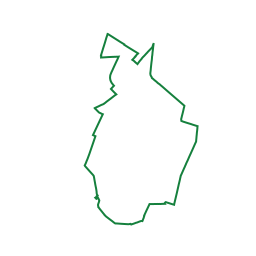 Barcanesti, Prahova, Romania (orthographic projection), rotated 56°
{"feature_id": "2599482B47702266921229", "entity_name": "Barcanesti", "entity_type": "district", "adm_level": 2, "iso_a3": "ROU", "parent_name": "Romania", "parent_adm1": "Prahova", "projection": "orthographic", "projection_center": [26.058, 44.879], "detail": "fine", "context": "isolated", "style": "outline", "palette": "green", "viewbox_px": 256, "rotation_deg": 56, "n_neighbors": 0, "source": "geoboundaries", "source_scale": "gbopen_adm2", "svg_char_len": 5161}
<svg xmlns="http://www.w3.org/2000/svg" viewBox="0 0 256 256"><g transform="rotate(56 128 128)"><path d="M213.2,168.1L212.7,167.3L212.0,166.4L211.6,165.7L210.8,164.7L210.3,164.1L210.0,163.7L209.8,163.8L209.7,163.7L208.5,161.7L207.4,159.9L206.6,158.6L205.5,156.7L203.9,154.0L203.1,152.7L203.6,151.9L204.0,151.3L205.1,149.7L205.8,148.6L206.0,148.3L206.3,147.8L206.7,147.2L206.9,146.9L207.3,146.4L207.6,145.8L208.0,145.3L208.5,144.5L208.6,144.3L208.7,144.2L208.9,144.0L209.1,143.7L209.9,142.3L210.3,141.7L211.2,140.2L211.4,139.9L210.9,139.9L210.8,139.7L210.7,139.3L210.6,138.9L210.6,138.6L210.5,138.3L210.6,138.1L210.8,138.0L210.9,137.9L211.0,137.8L211.2,137.7L211.3,137.6L211.8,137.2L212.1,137.0L212.3,136.8L212.5,136.6L212.7,136.4L212.9,136.3L213.0,136.2L214.3,135.2L215.7,134.1L216.8,133.2L217.4,132.7L216.4,131.7L209.7,124.4L203.1,117.4L201.0,115.1L199.8,113.8L199.0,113.0L197.8,111.7L197.1,111.0L196.4,109.8L193.7,105.5L192.5,103.6L192.0,102.7L191.1,101.4L190.8,100.8L189.9,99.5L188.7,97.5L188.5,97.1L188.0,96.3L186.2,93.5L184.9,91.4L184.3,90.4L180.9,84.9L179.7,83.0L179.0,81.9L177.4,79.3L177.4,79.2L176.4,78.4L174.7,77.0L173.2,75.8L171.9,74.7L170.4,73.5L168.8,72.1L167.1,70.7L165.9,69.8L165.4,69.3L164.3,70.2L161.3,72.6L160.2,73.4L157.0,76.0L153.7,78.6L152.0,79.8L151.2,79.4L150.6,79.1L150.2,78.8L149.7,78.2L148.9,77.3L148.4,76.8L147.0,75.2L145.2,73.2L143.9,71.8L143.3,71.2L142.4,70.2L142.0,69.7L141.6,69.3L141.5,69.2L141.1,68.8L119.0,74.8L113.3,76.3L112.9,76.4L112.6,76.5L112.2,76.6L111.2,76.9L110.5,77.1L109.9,77.2L109.0,77.5L108.8,77.6L108.5,77.7L108.1,77.9L107.6,78.1L107.2,78.1L106.8,78.3L106.1,78.4L105.7,78.5L105.3,78.6L104.8,78.8L104.4,78.9L103.9,79.0L103.6,79.2L102.8,79.4L101.9,79.6L101.0,79.8L100.9,79.9L100.5,80.0L100.2,80.2L99.7,80.2L99.1,79.9L98.1,79.9L96.6,79.7L95.1,78.9L92.8,76.9L91.3,75.7L88.9,73.7L86.9,72.0L86.1,71.3L85.0,70.3L83.4,69.0L82.1,68.0L81.3,67.2L79.7,65.9L79.3,65.6L77.7,64.2L76.7,63.3L75.1,62.0L74.2,61.2L73.3,60.4L73.0,60.2L72.3,59.4L72.1,59.2L72.2,59.4L72.9,60.4L73.1,60.8L73.4,61.1L73.8,61.6L74.1,61.9L74.3,62.1L74.4,62.3L74.5,62.4L74.5,62.6L74.7,63.0L74.8,63.4L76.0,69.1L76.3,70.0L76.4,70.7L77.1,73.5L77.4,74.9L77.6,76.1L77.9,77.1L78.0,77.6L78.3,78.0L78.4,78.6L78.5,78.9L78.8,79.9L79.1,81.1L80.3,84.4L79.8,84.5L79.2,84.7L78.9,84.8L78.2,85.0L77.8,85.1L77.6,85.2L77.4,85.2L77.1,85.2L77.0,85.3L76.5,85.4L76.3,85.4L75.9,85.5L75.6,85.6L75.1,85.8L74.8,85.9L74.6,86.0L74.2,86.2L73.9,86.3L73.0,82.1L72.8,82.2L72.1,79.7L72.1,79.0L71.8,77.9L70.9,78.3L67.4,79.9L61.0,82.8L56.9,84.6L56.6,84.3L52.0,86.4L38.7,92.2L38.6,92.3L39.6,93.5L41.1,95.5L43.6,98.5L45.7,101.1L46.5,102.1L48.3,104.4L49.3,105.6L50.6,107.2L52.1,109.1L52.4,109.5L52.5,109.6L52.6,109.4L54.5,110.9L55.6,109.1L58.0,105.0L60.0,101.7L61.3,99.6L63.5,96.1L63.6,95.9L65.4,98.7L65.9,99.6L66.9,101.3L68.3,103.6L69.5,105.6L70.8,107.7L71.5,108.8L72.5,110.5L73.3,111.7L73.7,112.3L73.9,112.6L74.4,113.2L74.8,113.6L75.2,113.9L75.9,114.5L76.2,114.7L76.5,114.9L76.9,115.1L77.3,115.3L77.8,115.5L78.3,115.8L79.0,115.9L79.6,116.1L80.0,116.2L80.3,116.2L80.5,116.2L81.2,116.3L81.8,116.3L82.3,116.3L82.7,116.2L83.3,116.2L84.5,116.1L85.1,116.0L85.9,119.5L86.1,120.3L89.0,119.8L90.7,119.5L92.1,119.2L93.6,118.9L93.6,119.4L93.6,120.2L93.6,120.9L93.7,122.1L93.9,125.2L94.2,131.1L94.4,132.9L94.4,134.2L94.5,134.5L94.4,134.8L94.4,135.0L94.4,135.3L94.3,135.9L94.2,136.2L94.1,136.7L94.0,137.0L93.5,140.7L93.2,142.4L93.1,143.1L92.9,144.3L92.9,144.5L93.0,144.5L93.3,144.5L93.7,144.4L94.0,144.3L96.1,143.9L96.8,143.8L97.6,143.6L98.2,143.5L98.5,143.5L98.8,143.4L99.0,143.3L99.2,143.2L99.4,143.1L100.5,142.4L101.1,142.1L102.1,141.5L102.5,141.2L105.3,145.9L114.3,161.0L116.6,159.6L127.8,174.4L131.1,179.0L132.4,181.0L133.4,182.4L134.2,183.7L134.7,184.5L134.8,184.8L135.6,184.9L143.0,183.9L145.1,183.6L147.1,183.3L148.2,183.2L148.5,183.2L150.3,183.9L151.8,184.6L153.6,185.4L154.3,185.7L155.0,186.0L156.3,186.6L158.9,187.7L159.7,188.0L160.8,188.5L162.1,189.1L162.3,189.2L163.0,189.5L163.4,189.8L164.0,190.1L164.3,190.3L164.9,190.6L165.4,190.8L165.5,190.8L165.8,190.9L166.7,190.9L166.8,190.9L166.9,191.5L167.2,191.4L167.5,193.7L167.5,194.1L168.0,194.0L168.5,193.9L168.9,193.9L169.1,193.8L169.1,193.1L169.1,192.8L169.0,192.6L168.9,192.1L168.9,191.9L169.1,191.9L169.5,191.9L170.2,192.0L170.8,192.1L171.1,192.2L171.6,192.2L172.0,192.3L172.1,192.5L172.7,193.0L173.1,193.5L174.3,195.1L175.0,195.9L175.2,196.0L175.9,196.3L176.4,196.5L177.2,196.7L177.2,196.8L178.7,196.7L179.3,196.7L180.0,196.6L180.4,196.6L181.5,196.5L182.6,196.4L183.9,196.3L185.1,196.2L185.8,196.1L186.3,196.1L186.6,196.1L186.8,196.1L187.1,196.1L187.3,196.1L187.5,195.9L188.2,195.8L188.6,195.8L189.0,195.7L190.2,195.3L193.5,194.2L194.9,193.7L195.8,193.4L196.0,193.3L198.6,192.5L199.9,192.0L200.2,191.7L201.1,190.4L203.3,187.6L204.0,186.7L206.0,184.1L207.6,182.0L207.9,181.6L208.0,181.4L208.2,181.1L208.4,180.7L208.6,180.1L208.8,179.6L209.0,179.4L209.3,179.3L209.5,179.3L209.8,179.3L209.9,179.0L210.1,178.1L210.4,177.1L210.8,175.5L211.0,174.5L211.3,173.7L211.5,173.1L211.7,172.1L211.9,171.2L212.0,170.7L212.2,170.0L212.3,169.7L212.4,169.2L212.5,169.1L212.7,168.6L212.8,168.4L213.2,168.1Z" fill="none" stroke="#15803d" stroke-width="2"/></g></svg>